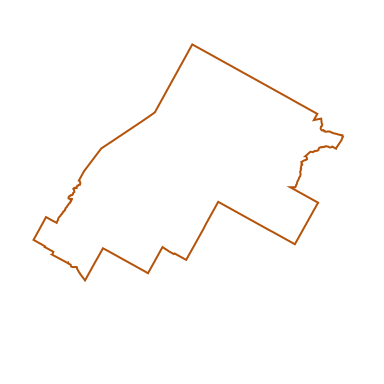 Flinders Ranges, South Australia, Australia (Albers equal-area conic projection), rotated 29°
{"feature_id": "25037944B48952282466613", "entity_name": "Flinders Ranges", "entity_type": "district", "adm_level": 2, "iso_a3": "AUS", "parent_name": "Australia", "parent_adm1": "South Australia", "projection": "albers", "projection_center": [138.36, -32.133], "detail": "fine", "context": "isolated", "style": "outline", "palette": "amber", "viewbox_px": 384, "rotation_deg": 29, "n_neighbors": 0, "source": "geoboundaries", "source_scale": "gbopen_adm2", "svg_char_len": 4229}
<svg xmlns="http://www.w3.org/2000/svg" viewBox="0 0 384 384"><g transform="rotate(29 192 192)"><path d="M307.3,187.8L307.3,187.5L307.4,147.9L307.5,140.2L275.6,140.2L280.0,137.7L280.1,137.2L279.7,135.2L279.8,134.6L279.7,133.9L279.5,133.2L279.1,131.8L279.1,129.1L278.8,127.9L278.9,125.5L278.4,123.9L277.9,123.2L277.6,122.9L276.9,122.0L276.6,121.3L276.6,121.0L276.7,120.7L276.2,118.8L275.7,118.7L274.7,115.4L275.0,115.3L275.2,114.9L275.2,114.5L274.8,114.2L273.6,113.5L273.5,112.9L273.2,112.7L273.7,112.2L273.8,111.9L273.8,111.5L274.9,109.9L275.2,109.6L276.1,108.7L276.3,108.1L276.7,107.6L275.7,106.3L275.3,106.0L274.8,105.6L274.6,105.4L274.0,105.6L273.8,105.7L276.0,99.5L277.6,98.7L277.9,98.7L278.5,98.5L279.5,96.5L279.9,96.3L280.2,96.3L281.1,95.4L281.5,95.2L282.2,94.3L282.2,93.7L282.1,93.4L281.9,93.2L281.9,92.7L281.9,92.4L281.9,92.2L281.9,91.9L281.9,91.7L282.0,91.6L282.2,91.3L282.3,91.1L282.5,90.9L282.6,90.7L282.8,90.6L282.9,90.4L283.1,90.2L283.4,90.1L283.7,90.1L283.8,90.1L283.9,89.9L284.0,89.8L284.0,89.7L284.3,89.5L284.3,89.4L284.5,89.2L284.8,89.1L285.0,89.0L285.1,88.9L285.3,88.8L285.5,88.7L285.7,88.4L285.7,88.2L285.8,88.1L286.1,87.9L286.4,87.8L286.5,87.8L286.7,87.5L286.8,87.2L287.3,86.8L287.8,86.7L288.2,86.7L288.9,86.3L289.5,86.4L291.0,86.2L291.6,85.8L291.9,85.6L292.3,85.1L292.5,84.9L292.6,84.3L296.9,84.3L296.8,83.9L297.6,74.1L297.1,71.3L297.3,70.5L297.0,70.3L296.9,70.1L296.5,69.9L296.3,69.7L295.6,69.9L295.6,69.6L293.1,70.5L291.6,70.9L291.0,70.9L289.6,71.3L288.4,71.7L287.5,71.9L285.9,72.2L282.9,72.4L280.6,73.8L280.2,74.2L279.7,74.5L279.2,74.6L279.3,74.4L276.8,74.2L276.0,75.1L274.6,74.8L273.7,74.1L273.3,72.8L273.1,72.2L273.4,71.8L273.6,71.2L273.5,70.4L273.3,70.1L273.1,69.7L272.9,69.6L272.2,69.1L269.4,65.2L267.1,67.1L263.7,70.0L263.7,62.9L254.7,62.9L241.8,62.9L225.7,62.8L219.8,62.8L209.9,62.8L201.8,62.8L199.4,62.8L190.0,62.8L178.4,62.8L148.9,62.8L120.7,62.8L120.9,140.4L117.3,147.8L113.7,155.0L96.8,187.8L91.5,198.0L87.5,226.1L87.5,230.0L87.5,232.3L87.5,236.9L88.6,236.9L88.9,237.3L89.7,238.0L90.1,238.6L90.5,240.0L90.1,240.3L89.7,240.4L89.5,240.7L89.5,241.1L89.3,241.9L89.2,242.0L88.7,242.1L88.9,242.9L88.6,243.9L89.1,244.5L88.4,245.0L87.9,245.1L87.5,245.0L86.9,245.8L86.7,246.7L87.2,246.7L88.0,247.6L89.1,249.0L88.9,249.4L88.9,249.6L88.7,250.1L88.7,250.3L88.5,250.8L88.6,251.2L88.8,251.3L88.9,251.6L88.9,252.1L88.7,252.7L88.4,253.1L88.1,253.2L87.7,253.3L87.3,253.9L87.3,254.2L87.4,254.5L86.8,255.1L86.6,255.6L86.8,257.1L87.0,257.4L88.8,257.4L89.2,256.9L89.9,256.4L90.4,256.3L90.5,256.6L90.5,257.1L90.5,257.7L90.5,257.9L90.6,258.4L90.3,258.6L90.6,259.2L90.6,259.7L90.4,259.9L90.5,260.3L90.3,260.9L90.4,261.2L90.3,261.4L90.0,261.9L90.0,262.6L89.8,263.3L89.9,263.8L89.7,264.5L89.7,265.9L89.8,266.2L89.3,267.1L89.3,267.5L89.5,268.2L89.4,268.9L89.7,269.2L89.4,270.8L89.1,271.1L89.2,271.5L88.8,272.3L89.0,272.5L89.0,273.0L88.9,274.1L88.7,274.3L88.2,277.9L87.9,278.6L87.8,279.2L87.9,279.7L88.3,281.4L88.4,283.3L88.6,284.6L86.2,284.6L84.8,284.7L84.6,284.7L83.7,284.7L77.0,284.7L76.8,284.7L76.5,284.7L76.6,298.4L76.6,310.7L80.2,310.7L83.8,310.8L83.9,310.7L89.9,310.8L89.9,311.6L92.6,311.5L99.7,311.5L100.2,314.4L100.0,314.6L100.5,314.6L117.5,314.4L117.7,313.9L118.2,314.5L118.7,314.4L118.7,314.5L118.9,314.5L119.0,314.5L121.1,314.4L121.9,315.3L122.5,315.8L124.1,315.5L124.5,315.2L125.9,314.5L126.3,314.3L126.9,313.8L127.0,313.8L127.7,313.6L129.2,315.2L132.5,317.1L132.9,317.2L133.1,317.4L134.4,318.1L138.0,319.7L141.3,321.2L141.3,312.3L141.3,310.4L141.3,309.2L141.3,308.7L141.3,305.1L141.3,300.3L141.4,295.0L141.4,289.0L141.4,284.4L145.5,284.3L149.7,284.3L152.4,284.3L155.1,284.3L155.3,284.3L160.3,284.3L165.1,284.3L169.8,284.3L170.2,284.3L175.2,284.3L183.6,284.3L188.4,284.3L188.5,284.3L192.9,284.4L192.9,271.7L192.9,271.4L192.9,270.7L192.9,268.9L192.9,254.5L196.4,254.8L196.4,254.7L199.2,254.9L199.4,255.0L200.9,255.1L206.2,255.1L206.6,254.2L219.8,254.2L219.9,238.7L219.9,229.7L219.9,225.6L219.9,219.5L219.9,218.8L219.9,217.8L219.7,214.0L219.7,213.2L219.7,193.3L219.7,187.9L223.4,187.9L243.8,187.9L256.7,187.9L260.7,187.9L263.6,187.9L266.5,187.9L272.6,187.9L275.5,187.9L278.5,187.9L281.7,187.8L286.0,187.8L291.8,187.8L297.8,187.8L304.2,187.8L307.3,187.8Z" fill="none" stroke="#b45309" stroke-width="2"/></g></svg>